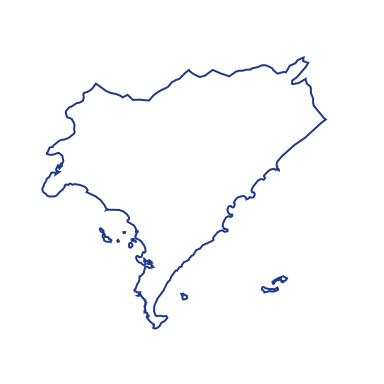 the district of Nias Utara, Sumatera Utara, Indonesia, rotated 258°
{"feature_id": "22746128B50601239773602", "entity_name": "Nias Utara", "entity_type": "district", "adm_level": 2, "iso_a3": "IDN", "parent_name": "Indonesia", "parent_adm1": "Sumatera Utara", "projection": "natural_earth1", "projection_center": [97.265, 1.31], "detail": "fine", "context": "isolated", "style": "outline", "palette": "blue", "viewbox_px": 384, "rotation_deg": 258, "n_neighbors": 0, "source": "geoboundaries", "source_scale": "gbopen_adm2", "svg_char_len": 5984}
<svg xmlns="http://www.w3.org/2000/svg" viewBox="0 0 384 384"><g transform="rotate(258 192 192)"><path d="M318.0,120.5L313.9,116.0L312.3,112.8L311.5,110.0L311.5,107.1L310.4,106.0L306.6,105.7L304.0,104.3L302.7,100.5L303.0,97.8L300.9,92.6L300.3,89.5L297.4,85.6L295.7,85.0L291.2,85.3L288.7,89.4L284.1,90.9L281.8,91.0L278.3,89.8L274.6,89.6L273.3,88.2L270.5,82.4L269.8,78.1L270.2,75.0L269.7,72.8L266.5,66.4L265.0,65.2L265.2,62.4L264.0,61.0L261.7,59.7L260.4,58.3L259.2,58.1L257.6,61.9L257.5,65.0L258.1,69.1L257.7,70.1L254.4,72.7L249.2,72.6L247.2,71.3L247.0,69.7L245.6,68.7L244.8,69.2L245.0,70.2L244.2,70.0L244.0,68.7L244.3,68.1L243.3,68.2L242.5,67.2L245.0,66.0L245.5,67.0L246.0,66.6L242.6,63.8L240.1,63.9L240.4,64.9L239.6,65.3L239.2,66.4L237.4,62.0L238.6,62.5L239.6,61.5L240.2,59.2L239.9,58.3L236.7,55.9L235.1,52.7L233.1,51.6L230.5,49.0L228.4,48.1L226.5,46.3L224.7,46.0L222.7,46.6L220.3,48.9L218.5,49.6L217.1,51.9L216.3,57.0L216.6,58.6L219.9,63.2L221.1,65.9L223.7,68.6L225.0,69.1L225.4,70.1L225.4,70.9L224.6,72.2L225.5,73.9L225.5,74.8L223.9,76.5L224.1,78.9L222.3,83.7L219.3,88.3L217.9,89.4L215.4,90.3L213.8,88.8L207.7,96.9L203.1,100.9L197.8,103.5L193.7,104.6L193.0,105.4L192.1,104.4L192.2,106.0L189.6,117.0L187.4,120.6L184.0,123.6L179.9,125.2L178.3,124.4L177.9,123.1L176.3,122.8L171.6,128.0L170.0,128.8L166.6,129.7L164.9,128.7L164.3,128.8L164.1,129.7L164.6,130.6L164.1,130.5L163.8,129.3L162.1,128.8L160.7,127.3L158.3,127.6L155.8,130.8L154.2,132.0L149.8,134.0L146.7,134.6L143.2,134.1L142.6,133.1L143.2,131.8L143.0,131.2L139.0,129.1L139.3,126.8L140.8,125.6L140.6,124.3L139.5,123.6L136.7,124.0L134.3,125.4L133.3,127.4L131.1,128.8L130.5,129.8L130.5,130.4L131.5,131.6L132.5,131.6L134.0,130.8L136.5,131.4L135.8,132.0L134.8,131.8L134.3,132.7L133.8,132.7L134.1,135.9L133.3,135.7L132.8,137.3L131.3,138.0L131.6,136.9L131.2,135.9L131.6,135.2L131.1,135.0L131.7,134.3L131.0,133.8L130.5,134.6L130.8,135.1L129.9,136.5L127.9,138.1L127.2,138.2L127.7,137.3L127.3,137.1L126.6,137.9L126.5,134.6L128.5,132.2L128.4,130.6L122.6,127.8L120.2,123.9L120.3,123.0L118.2,122.7L115.2,121.4L113.2,119.2L109.3,116.9L108.2,115.2L106.7,115.6L106.4,116.5L105.3,117.3L105.0,119.3L104.4,119.5L104.5,120.6L103.6,120.3L103.7,119.6L102.8,118.6L102.1,118.5L101.9,117.3L101.5,118.1L101.8,120.3L101.5,120.8L100.4,120.9L98.7,122.0L98.4,121.8L97.3,122.9L96.1,123.0L95.9,123.8L94.8,123.4L93.8,124.0L93.8,123.6L93.1,123.8L92.2,123.0L91.8,123.5L90.2,121.8L89.7,122.3L88.9,121.8L85.6,121.9L85.3,121.5L85.5,120.8L84.0,120.5L84.0,121.8L83.0,122.4L83.0,122.9L81.8,122.9L80.2,123.9L79.2,123.6L78.9,122.8L79.6,122.0L78.7,121.6L73.7,124.2L70.4,127.1L69.9,126.7L69.1,127.2L67.2,125.8L66.0,127.5L66.4,130.0L67.6,132.4L70.4,134.8L71.6,138.7L74.0,141.7L76.1,141.1L76.3,138.2L77.5,135.3L78.1,131.6L78.8,130.7L83.2,130.1L88.6,131.5L94.8,136.0L101.8,143.9L107.0,147.8L109.2,150.0L110.2,151.9L113.5,154.1L118.1,159.1L118.6,160.1L118.2,161.1L121.1,164.1L121.2,166.4L122.5,166.7L124.9,169.4L126.2,174.7L127.6,175.6L129.6,178.3L130.2,180.3L134.3,184.1L135.0,188.1L137.8,191.5L138.0,193.3L138.5,194.3L138.5,196.4L139.5,198.8L139.4,199.8L140.7,203.1L142.4,203.1L143.9,204.4L147.2,208.6L148.0,211.0L148.3,211.0L148.8,211.0L148.0,211.1L148.3,212.0L148.1,213.6L146.3,215.7L146.2,218.2L146.6,218.9L148.0,218.9L149.4,215.7L152.4,214.9L155.3,216.1L160.0,219.9L160.7,222.8L159.5,224.7L160.3,226.4L161.5,226.6L162.0,224.7L163.9,223.2L167.3,222.9L169.9,224.5L170.5,225.8L170.3,226.9L170.0,227.4L169.1,227.6L168.3,228.9L168.5,229.7L170.6,231.1L171.6,231.3L172.9,230.7L173.8,231.8L174.5,231.9L176.8,234.7L177.4,237.1L177.5,241.8L175.6,243.4L173.5,243.7L174.1,246.6L175.0,247.2L173.9,250.0L174.2,251.2L176.4,252.9L178.6,252.7L179.2,250.8L181.1,250.5L184.0,252.4L189.4,258.7L190.3,261.5L190.2,263.0L189.1,264.5L189.3,265.3L190.8,266.4L192.4,265.6L193.4,266.2L196.6,271.0L197.6,273.6L197.7,276.8L196.2,278.6L196.3,279.9L195.1,281.5L196.0,281.6L197.9,280.0L199.0,280.8L200.7,280.3L202.8,281.1L204.1,281.9L208.3,287.4L216.8,302.3L221.6,313.9L232.5,332.4L235.2,338.0L236.8,336.5L251.0,329.1L253.1,328.9L258.3,329.9L264.0,328.9L269.5,329.9L271.4,329.1L273.6,327.1L276.0,326.5L279.0,326.7L276.5,319.3L276.5,313.1L277.1,312.4L280.2,313.2L282.1,317.7L283.6,320.0L290.9,329.6L294.2,332.5L297.0,327.8L300.3,329.1L299.1,322.7L296.5,320.0L295.1,313.8L289.4,308.7L290.4,307.1L290.0,301.3L290.2,300.0L294.7,296.6L296.1,296.3L297.7,294.6L300.4,290.9L301.0,289.2L301.4,286.6L300.5,282.6L300.5,276.3L299.6,275.0L300.4,269.8L300.1,266.4L300.8,263.8L300.6,260.0L297.4,252.5L302.1,244.6L307.1,237.7L303.0,228.6L302.9,223.3L307.0,218.1L310.5,215.0L312.0,214.5L309.9,210.2L305.4,203.4L304.8,199.4L303.6,195.3L299.7,190.2L297.6,181.6L294.9,175.0L290.4,169.0L293.2,159.9L294.4,153.3L300.4,149.2L299.0,143.7L301.2,141.8L303.7,137.9L305.7,133.2L308.6,129.1L318.0,120.5ZM83.9,240.8L82.0,240.1L80.5,241.5L78.7,241.9L78.9,246.9L77.6,251.2L78.2,255.5L78.7,256.0L80.7,255.6L79.7,252.0L80.5,250.3L80.8,247.8L82.7,243.8L84.1,242.5L84.3,241.5L83.9,240.8ZM174.9,94.0L172.1,94.7L170.7,96.5L169.1,96.5L168.3,95.7L166.8,95.2L164.6,96.0L162.9,96.0L161.3,97.8L160.5,100.1L160.7,101.5L160.0,102.0L161.6,103.2L162.8,102.2L163.2,101.1L164.7,100.9L165.5,100.3L166.1,97.7L168.6,97.8L170.9,96.9L172.3,97.4L175.4,95.5L175.5,94.7L174.9,94.0ZM87.4,252.0L85.5,252.0L85.2,252.9L86.2,253.4L87.6,255.6L87.9,257.0L87.7,258.6L88.4,260.8L86.9,260.9L86.4,261.9L85.6,260.9L84.8,261.9L86.6,266.1L87.9,267.0L88.6,265.7L90.7,263.7L89.6,257.8L88.5,254.6L87.4,252.0ZM94.5,162.1L94.5,160.3L92.7,160.6L92.0,161.3L90.6,160.6L89.0,160.8L88.5,161.5L88.9,164.7L89.6,165.3L91.8,165.3L92.8,163.3L94.5,162.1ZM153.5,119.3L151.2,119.1L150.3,120.5L151.4,122.4L152.9,122.8L154.9,122.1L154.9,120.3L153.5,119.3ZM156.9,125.2L158.3,125.3L158.4,124.0L158.4,123.3L157.8,122.8L156.6,123.3L156.4,124.3L156.9,125.2ZM158.8,110.2L160.4,109.8L160.1,108.9L158.6,109.1L158.8,110.2ZM166.9,118.1L167.0,116.6L166.0,116.6L166.1,118.0L166.9,118.1ZM155.1,126.2L154.8,126.6L155.1,126.9L155.7,126.6L155.1,126.2Z" fill="none" stroke="#1e3a8a" stroke-width="2"/></g></svg>